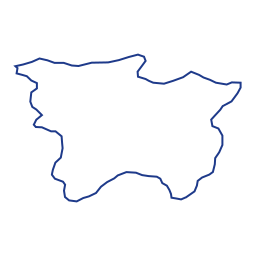 Mark, Västra Götaland, Sweden (Equal Earth projection)
{"feature_id": "70781695B92952656574297", "entity_name": "Mark", "entity_type": "district", "adm_level": 2, "iso_a3": "SWE", "parent_name": "Sweden", "parent_adm1": "Västra Götaland", "projection": "equal_earth", "projection_center": [12.633, 57.47], "detail": "fine", "context": "isolated", "style": "outline", "palette": "blue", "viewbox_px": 256, "rotation_deg": 0, "n_neighbors": 0, "source": "geoboundaries", "source_scale": "gbopen_adm2", "svg_char_len": 1378}
<svg xmlns="http://www.w3.org/2000/svg" viewBox="0 0 256 256"><path d="M52.2,172.9L51.9,174.7L54.9,178.7L63.0,181.7L65.1,184.7L64.0,190.7L65.0,197.0L69.1,200.4L76.7,201.4L83.3,198.0L88.9,196.4L96.0,193.0L101.0,186.7L107.1,182.1L114.2,178.4L117.8,175.4L126.4,172.1L136.0,172.7L142.1,175.1L148.7,176.1L156.8,176.7L160.3,178.7L162.3,183.1L166.9,185.7L169.4,190.0L171.0,194.0L171.5,197.7L176.3,198.5L181.1,199.4L185.7,197.4L185.9,197.4L194.5,191.4L196.9,185.6L197.7,180.9L202.1,177.5L209.3,174.6L212.9,172.0L214.8,164.3L215.2,158.1L219.2,152.3L222.4,145.0L222.4,135.6L218.4,128.5L212.4,126.1L211.2,119.6L215.5,114.9L220.3,109.7L222.7,106.1L231.5,101.4L237.5,93.3L240.6,87.6L240.6,84.0L240.6,82.7L231.8,82.4L226.7,84.5L215.9,82.7L209.9,79.8L203.5,77.5L199.1,74.9L191.1,71.7L183.1,77.2L173.2,80.8L164.0,83.7L153.2,82.7L148.8,80.8L145.6,79.0L138.0,76.7L137.6,71.7L142.0,65.8L145.6,60.9L144.0,56.7L139.3,55.1L138.0,54.6L128.8,57.0L118.9,60.1L110.1,62.0L108.1,62.4L91.7,62.7L78.5,66.0L71.8,65.5L63.8,62.9L54.6,62.9L47.4,60.3L39.5,58.5L31.9,61.9L23.1,64.5L15.4,66.2L17.5,68.1L16.6,73.4L22.3,74.9L26.8,76.2L31.3,80.5L36.9,83.1L36.9,88.4L31.3,92.4L30.3,101.6L32.3,106.9L36.3,109.5L41.9,115.1L36.3,119.7L33.8,124.7L35.8,127.0L41.9,127.3L51.0,131.3L55.5,131.3L61.6,136.3L62.1,142.9L62.6,148.2L60.8,157.6L55.4,162.6L52.9,169.7L52.2,172.9Z" fill="none" stroke="#1e3a8a" stroke-width="2"/></svg>